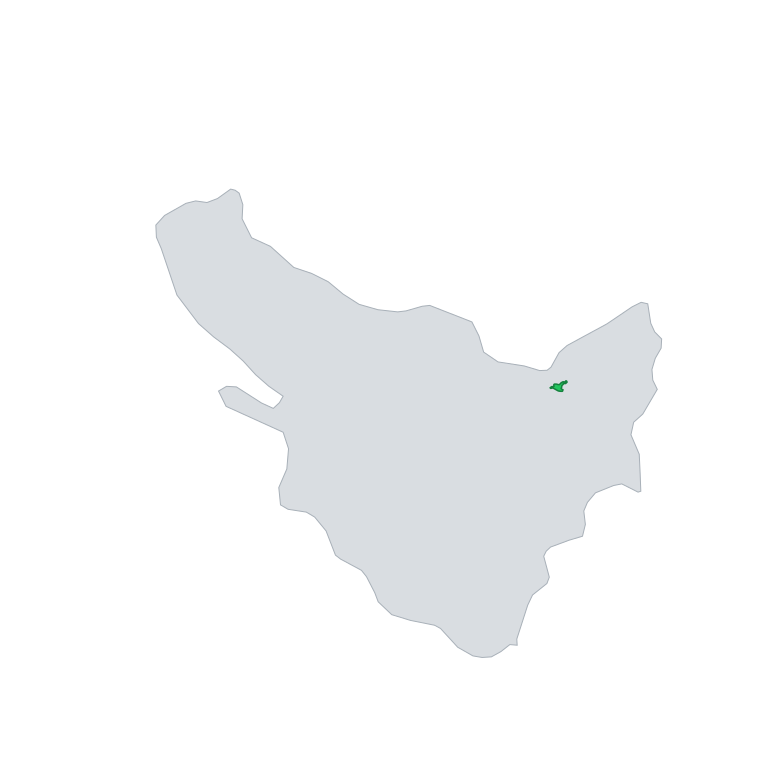 El Peñón, Barahona, Dominican Republic (highlighted), rotated 209°
{"feature_id": "3306468B33115506281893", "entity_name": "El Peñón", "entity_type": "district", "adm_level": 2, "iso_a3": "DOM", "parent_name": "Dominican Republic", "parent_adm1": "Barahona", "projection": "robinson", "projection_center": [-71.192, 18.291], "detail": "fine", "context": "in_parent", "style": "filled", "palette": "green", "viewbox_px": 768, "rotation_deg": 209, "n_neighbors": 0, "source": "geoboundaries", "source_scale": "gbopen_adm2", "svg_char_len": 3065}
<svg xmlns="http://www.w3.org/2000/svg" viewBox="0 0 768 768"><g transform="rotate(209 384 384)"><path d="M142.4,511.8L143.1,483.2L147.1,471.6L143.4,459.3L126.7,446.3L116.4,429.6L107.4,414.7L109.4,412.6L127.6,411.9L134.0,406.5L146.3,391.3L148.7,379.1L147.7,369.8L139.8,358.8L136.6,347.1L146.5,337.0L159.3,322.1L161.1,316.4L160.8,310.8L145.8,295.2L144.8,288.5L151.8,271.5L151.1,260.3L144.2,225.3L140.9,220.1L147.6,217.1L152.0,206.7L157.8,197.4L165.6,192.4L174.4,189.3L191.9,189.5L216.1,197.6L222.9,197.5L246.1,190.1L265.4,186.0L283.5,190.7L290.9,197.0L305.9,207.0L313.4,210.1L337.0,209.8L343.5,210.8L363.4,227.4L380.1,234.0L389.8,234.3L407.2,227.9L415.9,228.1L425.8,242.4L427.8,262.6L436.1,281.1L448.8,292.9L511.3,287.9L525.3,297.6L520.6,305.6L511.7,309.9L482.0,308.0L469.0,309.0L466.4,317.0L466.3,324.4L483.7,326.2L500.8,329.9L518.2,335.8L535.9,339.9L555.8,342.6L575.5,346.9L608.2,361.4L644.5,394.5L654.2,402.0L660.6,412.4L657.6,425.1L644.8,446.0L637.5,452.8L626.8,456.9L619.6,465.4L612.6,480.1L608.2,481.3L603.2,480.7L594.4,472.4L588.2,459.7L570.7,447.7L550.0,449.3L519.4,442.2L500.9,445.6L482.4,446.4L463.4,442.8L444.4,441.6L425.4,446.0L407.0,453.7L400.2,458.6L388.3,470.5L382.1,474.9L337.2,480.9L324.3,472.1L312.3,460.2L295.0,458.6L270.0,467.8L254.4,471.2L248.0,475.1L246.1,479.7L246.1,496.3L242.5,506.5L218.1,544.8L204.4,571.8L198.7,580.1L192.2,582.0L180.1,566.4L172.5,560.8L163.0,558.0L159.0,549.7L159.2,538.0L156.7,526.6L150.8,517.7L142.4,511.8Z" fill="#d9dde1" stroke="#a8b0b8" stroke-width="1"/><path d="M228.2,462.4L227.4,462.7L227.2,462.8L226.7,462.9L226.5,463.0L226.1,463.2L225.7,463.4L225.3,463.6L224.9,463.8L224.6,464.0L224.4,464.3L224.4,464.7L224.4,464.9L224.6,465.3L224.7,465.5L224.8,465.8L225.9,465.7L226.4,465.7L226.6,465.8L226.8,465.9L226.9,466.0L227.0,466.1L227.0,466.3L227.0,467.2L227.1,467.6L227.2,467.9L227.5,468.3L227.6,468.5L227.7,468.8L227.6,469.0L227.4,469.7L227.2,470.1L227.1,470.3L227.1,470.5L227.3,471.1L227.4,471.3L227.3,471.5L227.2,471.6L226.7,471.7L226.5,471.8L225.7,472.2L225.6,472.3L225.3,472.6L225.3,472.8L225.1,473.4L225.0,473.6L224.9,473.9L224.9,474.1L224.8,474.3L224.9,474.5L225.0,474.6L225.4,474.9L225.7,475.0L225.8,475.1L226.0,475.1L226.3,475.0L226.4,474.9L226.5,474.8L226.6,474.6L226.6,474.1L226.6,473.9L226.7,473.7L226.8,473.4L227.0,473.3L227.2,473.2L227.8,473.1L228.0,473.0L228.6,472.6L228.8,472.4L229.0,472.0L229.4,471.4L229.6,471.2L229.8,470.4L229.8,470.2L230.0,469.7L230.2,468.9L230.3,468.7L230.5,468.5L230.6,468.3L231.5,467.9L231.9,467.8L232.4,467.7L232.7,467.7L232.9,467.6L233.3,467.4L233.5,467.3L234.1,467.0L234.2,466.9L234.8,466.6L235.0,466.4L235.0,466.2L235.1,465.8L235.1,465.6L235.0,465.4L234.9,465.2L234.7,465.0L234.4,464.8L234.3,464.7L234.2,464.4L234.2,464.2L234.3,464.1L234.5,463.8L235.0,463.6L235.2,463.4L235.7,463.3L235.9,463.2L236.2,462.7L236.4,462.4L236.8,461.2L236.5,461.1L236.3,461.0L236.1,461.0L235.9,461.1L235.1,461.7L235.1,461.9L235.0,462.0L234.9,462.2L234.8,462.3L234.7,462.3L234.4,462.4L234.0,462.4L232.4,462.4L229.6,462.4L228.2,462.4Z" fill="#22c55e" stroke="#15803d" stroke-width="1.5"/></g></svg>